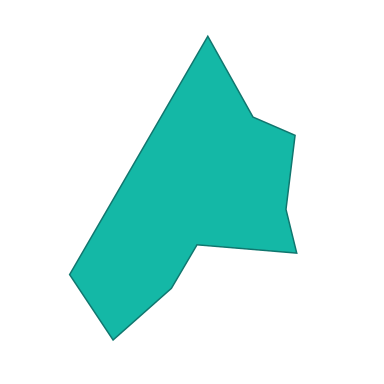 outline of Kalkara, rotated 277°
{"feature_id": "MLT-5950", "entity_name": "Kalkara", "entity_type": "state/province", "adm_level": 1, "iso_a3": "MLT", "parent_name": "Malta", "parent_adm1": "", "projection": "orthographic", "projection_center": [14.531, 35.89], "detail": "fine", "context": "isolated", "style": "filled", "palette": "teal", "viewbox_px": 384, "rotation_deg": 277, "n_neighbors": 0, "source": "natural_earth", "source_scale": "10m", "svg_char_len": 285}
<svg xmlns="http://www.w3.org/2000/svg" viewBox="0 0 384 384"><g transform="rotate(277 192 192)"><path d="M95.1,80.6L348.5,188.7L273.8,243.4L260.8,287.4L186.2,287.4L144.1,303.4L140.2,203.4L93.9,183.3L35.5,131.7L95.1,80.6Z" fill="#14b8a6" stroke="#0f766e" stroke-width="1.5"/></g></svg>